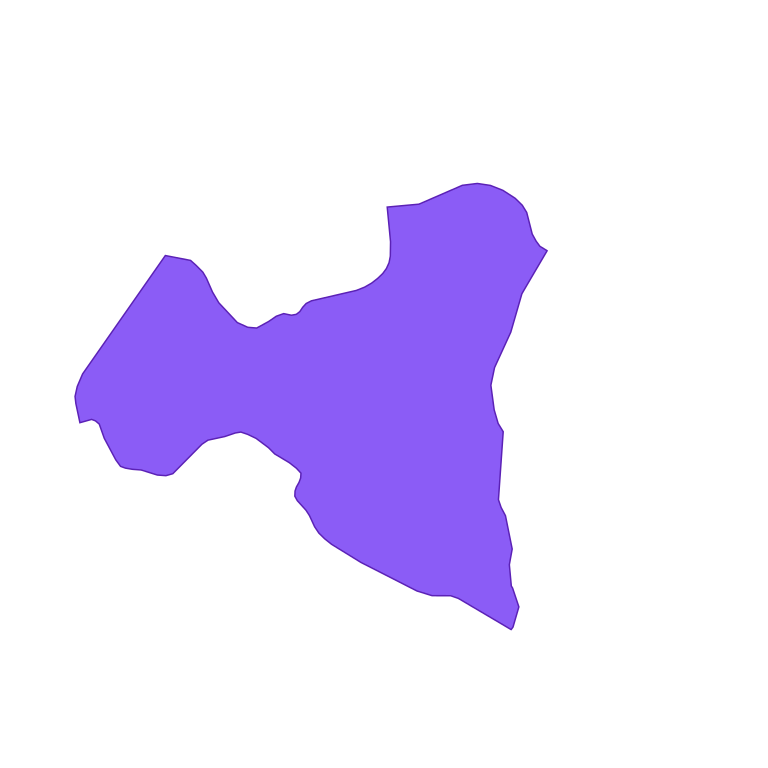 map outline of Giurgiu (Natural Earth projection), rotated 308°
{"feature_id": "ROU-131", "entity_name": "Giurgiu", "entity_type": "County", "adm_level": 1, "iso_a3": "ROU", "parent_name": "Romania", "parent_adm1": "", "projection": "natural_earth1", "projection_center": [25.897, 44.142], "detail": "fine", "context": "isolated", "style": "filled", "palette": "violet", "viewbox_px": 768, "rotation_deg": 308, "n_neighbors": 0, "source": "natural_earth", "source_scale": "10m", "svg_char_len": 1467}
<svg xmlns="http://www.w3.org/2000/svg" viewBox="0 0 768 768"><g transform="rotate(308 384 384)"><path d="M550.2,435.7L540.0,437.1L502.9,452.0L465.0,461.0L448.8,469.0L431.5,486.7L423.2,498.2L419.8,507.3L363.3,545.4L358.8,552.3L355.0,560.8L332.9,586.6L318.8,594.0L303.2,608.7L302.4,610.9L291.4,627.5L271.9,635.3L268.8,635.4L268.7,635.1L260.8,574.5L258.2,566.9L246.8,552.2L241.2,537.5L229.2,475.7L225.4,441.5L225.5,432.5L226.4,424.5L228.8,417.2L234.4,406.3L236.5,400.2L238.7,387.5L240.7,382.8L244.9,379.8L248.9,378.4L254.2,377.6L258.6,376.2L262.6,373.5L263.7,366.8L263.7,357.8L261.6,341.0L262.7,332.2L262.4,316.7L260.4,307.6L258.0,300.8L253.9,297.0L244.6,290.9L231.3,279.8L224.4,277.6L183.3,272.8L177.5,268.6L172.7,261.4L166.7,245.5L161.9,238.3L158.5,232.0L156.9,227.1L159.1,219.3L169.0,197.0L177.1,184.3L177.3,179.3L176.1,175.4L166.3,168.2L178.9,153.2L184.0,148.2L193.2,143.8L206.4,140.3L350.6,132.6L362.3,155.5L361.8,162.9L360.6,172.4L358.1,178.8L350.9,192.2L346.3,203.8L342.1,230.6L344.8,241.7L349.7,249.2L362.2,254.6L371.1,257.4L377.7,261.6L381.2,268.7L384.9,272.0L389.2,273.1L394.4,272.7L399.5,273.1L404.9,275.6L440.7,304.6L448.4,309.1L455.8,312.1L463.3,314.0L470.3,315.0L476.5,314.8L482.7,313.3L488.6,310.3L500.1,301.6L525.4,277.6L547.2,300.8L588.8,323.4L599.5,334.1L606.0,345.6L609.8,358.5L611.1,373.0L610.0,382.9L607.0,390.9L593.4,408.5L590.2,416.0L588.5,422.1L589.4,430.2L589.4,430.5L550.2,435.7Z" fill="#8b5cf6" stroke="#5b21b6" stroke-width="1.5"/></g></svg>